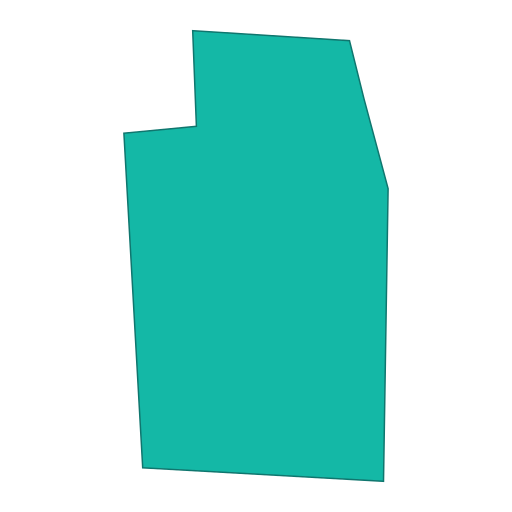 Fayyum City, Al Fayyum, Egypt
{"feature_id": "37247803B49261326337106", "entity_name": "Fayyum City", "entity_type": "district", "adm_level": 2, "iso_a3": "EGY", "parent_name": "Egypt", "parent_adm1": "Al Fayyum", "projection": "equal_earth", "projection_center": [30.883, 29.214], "detail": "fine", "context": "isolated", "style": "filled", "palette": "teal", "viewbox_px": 512, "rotation_deg": 0, "n_neighbors": 0, "source": "geoboundaries", "source_scale": "gbopen_adm2", "svg_char_len": 261}
<svg xmlns="http://www.w3.org/2000/svg" viewBox="0 0 512 512"><path d="M388.1,188.7L387.1,184.9L364.0,98.9L349.5,40.7L192.7,30.7L196.4,126.3L123.9,133.2L142.4,462.2L142.7,467.8L383.5,481.3L388.1,188.7Z" fill="#14b8a6" stroke="#0f766e" stroke-width="1.5"/></svg>